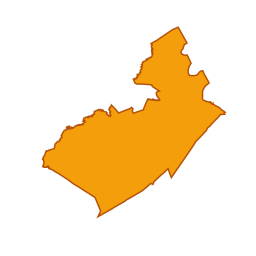 Compostela Valley, Compostela Valley, Philippines, rotated 61°
{"feature_id": "2640588B76140513385915", "entity_name": "Compostela Valley", "entity_type": "district", "adm_level": 2, "iso_a3": "PHL", "parent_name": "Philippines", "parent_adm1": "Compostela Valley", "projection": "albers", "projection_center": [125.86, 7.537], "detail": "fine", "context": "isolated", "style": "filled", "palette": "amber", "viewbox_px": 256, "rotation_deg": 61, "n_neighbors": 0, "source": "geoboundaries", "source_scale": "gbopen_adm2", "svg_char_len": 5637}
<svg xmlns="http://www.w3.org/2000/svg" viewBox="0 0 256 256"><g transform="rotate(61 128 128)"><path d="M64.1,35.3L63.6,42.0L65.3,60.4L65.3,66.7L65.7,66.5L66.0,66.8L66.4,66.7L66.3,66.9L67.1,67.4L67.5,67.2L67.7,67.8L68.6,68.2L70.1,68.1L70.5,68.3L70.9,68.1L70.8,68.4L70.3,68.5L70.3,68.8L70.8,69.0L70.9,68.6L71.3,68.8L71.3,69.2L71.6,69.1L71.9,69.2L71.7,69.7L72.9,70.4L73.4,70.4L73.3,70.1L73.6,70.0L73.5,69.7L74.0,69.7L75.3,70.6L75.0,71.0L75.5,71.1L76.7,72.1L77.1,72.8L77.4,74.1L77.0,74.2L76.9,74.6L77.3,74.9L76.9,76.6L77.1,77.0L77.3,77.1L77.1,77.5L77.3,77.8L77.1,78.0L77.7,78.0L77.5,78.6L77.2,78.6L77.2,79.3L77.6,79.6L77.8,80.8L77.4,81.8L77.6,82.2L77.4,82.4L77.9,82.9L77.7,83.2L77.8,83.6L79.0,84.6L79.1,85.3L79.6,85.0L80.2,85.4L80.5,85.3L80.5,85.7L80.8,86.0L80.8,85.8L81.0,85.9L80.8,86.5L81.1,86.4L81.1,86.1L81.3,86.1L81.8,86.6L81.8,87.2L82.2,87.0L83.1,87.4L83.2,88.5L83.7,89.4L84.3,89.8L84.7,89.6L85.5,89.7L85.5,91.2L85.8,91.6L85.9,91.3L86.2,91.5L86.1,91.9L86.3,92.7L86.1,93.6L85.7,93.8L85.7,94.0L86.2,94.0L86.7,93.7L86.7,94.3L87.4,94.2L87.7,94.6L87.6,95.4L88.3,95.5L88.2,95.8L88.6,96.5L88.3,97.1L88.6,96.8L88.8,96.9L88.7,97.9L87.9,97.9L88.3,99.0L87.9,99.6L92.3,100.1L93.8,98.9L96.9,93.5L101.8,86.3L103.5,86.6L110.9,82.7L110.4,84.5L110.8,86.1L112.3,86.8L114.6,87.2L117.3,86.6L119.1,86.9L118.6,88.0L117.7,88.5L117.7,88.8L118.0,88.7L118.1,88.9L118.0,89.9L117.0,90.8L116.8,90.5L116.3,90.8L116.4,91.3L116.2,91.4L115.9,91.9L115.5,91.9L115.9,92.5L115.5,92.8L115.2,92.5L114.8,92.7L115.1,93.0L115.1,93.4L114.0,94.3L114.0,94.9L113.6,95.3L113.4,95.2L113.2,95.3L113.3,96.0L112.4,96.2L112.3,96.8L118.1,104.2L119.5,105.7L117.7,116.0L116.1,116.2L114.7,115.6L114.0,114.9L113.8,114.4L113.1,114.7L111.7,114.8L112.0,116.4L110.3,128.9L105.3,129.9L99.9,131.4L100.7,132.0L101.1,133.6L101.4,133.4L101.6,133.5L101.9,134.7L102.5,135.8L105.3,135.4L105.2,135.9L105.7,136.4L106.3,136.6L106.9,136.5L107.2,137.1L107.4,137.2L108.0,137.3L108.4,136.9L108.7,136.9L109.2,137.9L108.4,138.7L107.9,139.0L107.3,139.0L105.9,139.9L105.1,139.9L104.7,139.0L103.3,139.4L101.5,141.6L101.0,141.2L99.9,141.3L99.9,142.1L100.3,143.1L99.3,143.3L98.6,142.8L98.4,143.0L98.2,144.1L98.6,144.7L97.6,145.1L98.0,145.7L97.6,146.0L97.6,147.6L97.3,148.3L97.3,149.3L97.5,149.8L98.5,150.3L99.0,150.2L99.5,150.5L99.2,151.0L99.6,151.6L99.3,152.3L100.1,152.8L99.6,153.4L100.0,153.5L100.4,153.3L100.6,154.0L100.5,154.6L99.9,154.8L99.7,155.3L99.4,154.9L99.4,155.9L98.6,156.7L98.6,157.1L99.3,157.3L99.7,157.7L99.5,157.9L98.9,157.7L98.7,157.9L98.1,159.9L98.4,160.5L98.0,161.8L99.2,162.5L99.4,163.4L99.8,163.2L99.6,162.9L99.8,163.0L100.4,162.6L100.6,162.9L100.8,162.7L100.8,163.1L101.1,163.2L101.3,163.1L101.2,163.3L101.5,163.1L102.1,163.2L102.0,163.6L102.1,164.7L102.6,165.3L102.5,165.5L102.3,165.5L102.7,165.6L102.4,165.8L102.5,165.9L102.8,165.6L102.9,165.8L102.7,166.5L102.4,166.7L102.5,166.9L102.7,166.6L102.8,166.8L102.8,167.3L102.5,167.5L102.3,167.4L102.2,168.1L101.8,168.2L101.7,168.5L102.0,168.8L101.7,168.9L101.7,169.5L101.4,169.5L101.1,169.8L101.5,170.2L101.3,171.1L100.8,171.4L100.9,172.5L101.1,172.7L100.9,172.9L101.0,173.4L100.8,173.6L101.1,173.9L101.1,174.6L101.4,175.5L101.3,175.8L100.9,176.0L101.0,176.6L101.3,176.7L101.3,177.2L100.6,177.5L100.4,177.9L99.8,178.4L99.9,178.5L99.9,179.4L100.1,179.4L99.7,179.7L100.0,179.7L100.0,179.9L99.8,180.0L99.8,179.8L99.7,179.8L99.6,180.0L99.8,180.3L99.5,180.8L99.9,181.7L99.7,182.5L99.7,183.3L99.4,183.7L99.5,184.3L99.3,184.9L99.6,185.8L100.9,187.7L101.4,188.9L101.9,189.2L102.2,189.9L102.5,189.8L102.9,190.2L103.7,190.2L103.6,190.5L103.9,190.6L104.1,190.5L104.4,191.3L104.3,191.8L104.8,192.3L104.8,192.8L105.2,193.1L105.2,193.4L105.7,193.3L106.0,193.7L106.1,194.0L106.3,194.7L105.9,195.2L105.7,195.9L106.1,196.7L105.9,197.4L106.6,198.4L106.4,199.0L107.1,199.7L107.3,200.1L108.2,200.7L108.2,200.8L108.5,201.0L108.7,201.4L109.7,201.7L110.2,202.5L110.2,203.6L109.9,203.7L110.1,203.7L109.5,205.2L109.6,205.9L108.9,208.4L108.9,208.6L109.0,208.4L109.0,208.8L109.4,209.4L108.4,210.5L109.4,212.0L111.2,213.6L112.2,215.8L113.8,217.6L114.0,217.2L114.2,217.6L116.1,217.8L117.4,218.2L118.9,219.3L119.4,220.3L120.0,220.5L120.4,221.1L120.6,220.7L121.1,220.9L121.9,219.8L121.8,219.6L122.1,219.6L122.7,218.6L122.6,218.4L122.9,217.8L122.6,217.6L122.4,216.8L122.6,216.7L122.9,216.8L123.0,216.4L123.4,216.7L123.9,216.2L124.2,216.4L124.2,216.8L124.4,216.8L124.7,216.4L125.0,216.6L125.2,216.1L125.8,216.3L127.3,214.8L132.2,212.1L134.1,210.9L143.5,205.9L150.4,202.8L155.4,199.9L172.8,190.5L187.4,192.2L191.0,197.2L190.9,181.0L190.7,178.3L190.5,166.3L190.2,165.2L189.8,145.9L187.6,134.9L189.4,133.6L187.5,131.1L185.2,122.0L184.6,118.6L183.0,112.7L192.4,114.2L177.5,84.2L172.7,75.1L169.7,65.3L168.0,60.3L166.8,59.0L166.4,57.9L166.1,55.6L164.4,51.1L162.5,44.4L161.0,40.6L162.9,36.7L161.5,36.8L161.1,36.1L161.3,35.5L160.1,35.9L157.7,37.2L154.0,38.4L151.0,40.6L149.3,41.4L149.1,41.7L148.5,41.8L148.1,42.2L147.8,42.0L148.0,42.6L147.7,42.9L147.3,42.5L147.1,43.1L146.7,42.9L146.1,43.4L145.9,43.1L145.2,43.1L144.9,43.6L145.2,43.9L145.2,44.3L144.6,44.5L143.1,46.2L140.5,48.4L139.4,48.8L138.2,48.6L135.8,47.0L132.6,45.4L131.6,44.5L130.6,43.3L129.1,40.6L128.3,38.2L128.2,36.1L128.0,35.4L127.6,35.2L117.5,35.2L114.0,34.9L113.5,37.7L115.2,42.0L114.0,45.3L111.9,48.8L109.2,48.7L107.0,47.7L104.4,45.4L103.3,43.9L102.0,41.5L97.2,41.1L92.9,40.9L91.5,43.6L88.9,45.2L86.9,44.6L86.0,43.4L85.4,41.6L82.3,38.3L82.5,37.4L82.3,35.2L64.1,35.3ZM98.1,178.4L97.8,178.5L97.8,180.1L97.6,180.0L97.4,180.7L97.5,181.3L98.1,181.8L98.4,181.5L98.7,179.7L98.7,178.9L98.1,178.4ZM100.1,177.0L99.6,177.3L99.7,178.1L100.6,177.4L100.5,177.1L100.1,177.0Z" fill="#f59e0b" stroke="#b45309" stroke-width="1.5"/></g></svg>